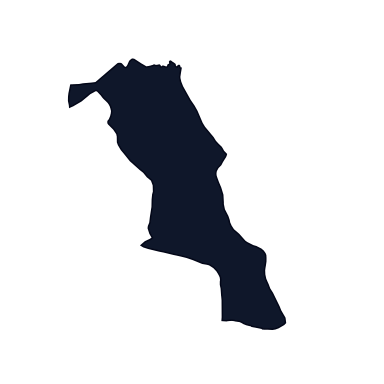 Santa Eulalia, Huehuetenango, Guatemala (orthographic projection), rotated 229°
{"feature_id": "79465075B65740660783251", "entity_name": "Santa Eulalia", "entity_type": "district", "adm_level": 2, "iso_a3": "GTM", "parent_name": "Guatemala", "parent_adm1": "Huehuetenango", "projection": "orthographic", "projection_center": [-91.3, 15.75], "detail": "fine", "context": "isolated", "style": "filled", "palette": "ink", "viewbox_px": 384, "rotation_deg": 229, "n_neighbors": 0, "source": "geoboundaries", "source_scale": "gbopen_adm2", "svg_char_len": 3434}
<svg xmlns="http://www.w3.org/2000/svg" viewBox="0 0 384 384"><g transform="rotate(229 192 192)"><path d="M185.1,118.7L182.5,119.5L178.2,122.1L169.0,128.6L165.4,131.4L156.8,137.5L154.2,139.5L150.9,141.9L146.2,145.2L140.5,148.5L131.4,153.1L127.6,156.2L125.8,157.4L123.2,158.2L120.6,158.9L118.3,159.0L116.2,159.1L113.6,158.7L110.8,158.1L109.0,157.5L107.9,156.8L106.6,155.9L106.0,155.1L105.5,154.6L103.3,152.7L99.9,150.8L94.2,146.5L93.7,146.2L90.4,143.8L77.6,132.8L75.3,130.5L72.3,133.5L71.6,134.7L71.1,135.4L70.3,136.5L69.0,138.1L67.6,139.4L66.2,140.4L63.1,143.1L61.0,144.1L58.8,144.8L56.1,146.2L52.0,149.1L51.5,149.0L50.2,150.0L48.6,151.3L44.3,154.6L43.1,155.5L42.5,155.4L41.2,156.7L39.4,158.8L36.5,161.8L35.7,162.6L34.2,165.0L33.0,168.1L31.8,174.4L32.0,176.7L36.0,179.4L44.3,181.0L48.3,182.4L62.9,186.3L68.1,187.1L72.4,188.7L74.5,189.3L78.2,190.5L82.0,192.6L85.3,195.2L86.9,197.0L88.7,199.2L89.9,200.6L91.2,202.1L93.8,204.4L96.0,206.1L97.7,206.7L100.6,207.0L103.5,206.6L108.7,204.5L111.3,202.8L117.7,200.2L120.1,199.6L129.4,199.5L136.4,198.5L140.7,199.1L144.3,200.2L146.5,201.5L150.2,203.0L157.6,204.8L162.4,207.5L163.9,208.8L169.7,213.3L176.4,216.3L182.2,218.2L187.4,220.2L188.5,220.7L190.1,221.8L191.7,223.5L192.3,224.6L193.4,227.6L193.7,231.6L194.9,234.6L195.9,237.8L196.6,240.2L197.2,241.5L198.0,242.7L202.2,242.5L204.3,243.0L206.6,243.4L211.0,243.0L215.0,242.9L219.2,243.6L232.8,243.9L237.4,244.7L249.8,248.7L255.6,249.9L262.5,250.7L277.8,253.9L282.6,255.6L285.6,257.2L287.0,258.2L289.5,261.1L292.7,265.0L293.5,264.4L294.0,264.6L294.9,265.1L295.4,265.3L295.9,265.3L296.3,264.8L296.3,264.3L296.3,263.8L296.0,263.1L295.9,262.7L296.4,262.4L296.8,262.2L297.2,262.1L298.2,262.1L298.6,262.3L299.3,262.8L299.7,262.9L300.5,262.7L301.1,262.6L301.9,262.4L302.4,262.2L303.2,262.0L303.7,261.9L304.8,261.7L305.1,261.1L304.9,260.5L304.5,260.3L304.0,260.0L303.3,259.5L303.2,259.1L303.2,258.7L303.3,258.3L303.6,257.7L303.5,257.1L303.2,256.7L302.9,256.3L302.7,255.8L302.9,254.7L303.3,254.2L303.9,253.9L305.1,253.2L305.9,252.7L306.2,252.2L306.2,251.7L306.3,251.1L306.6,250.5L307.2,250.4L307.8,250.5L308.3,250.7L309.1,250.7L309.5,250.2L310.1,249.0L310.6,248.3L311.1,247.6L311.6,247.3L312.2,246.9L312.7,246.7L312.8,246.2L312.9,245.8L313.2,244.9L313.5,244.5L313.9,243.5L314.9,241.6L316.3,239.4L320.2,238.1L321.9,237.5L330.0,235.2L330.7,234.7L331.2,234.3L331.5,233.7L331.6,231.6L331.4,230.6L329.5,226.5L329.3,225.6L329.1,224.5L329.2,223.9L329.6,223.4L330.3,222.9L331.0,222.8L335.1,222.7L335.8,222.3L336.5,221.6L337.0,221.0L337.4,220.1L337.6,191.0L340.1,187.3L345.0,180.6L347.0,177.2L352.2,170.7L347.0,163.9L344.7,161.4L341.7,158.7L338.5,156.9L338.1,156.7L336.3,155.4L335.8,157.2L335.3,158.7L334.8,161.4L333.5,168.2L333.4,173.0L333.3,175.8L333.3,179.3L332.1,185.1L331.8,185.9L331.2,186.5L330.2,187.0L324.7,187.2L322.4,187.0L320.6,187.0L319.4,187.1L317.5,187.3L314.5,187.5L312.7,187.3L310.4,186.8L308.1,185.8L305.8,184.6L304.1,182.8L302.4,180.4L301.0,177.6L300.7,176.6L300.5,175.2L300.0,174.6L299.5,174.2L299.1,173.9L298.0,173.7L290.8,174.2L285.2,173.5L282.8,172.2L278.4,168.5L275.8,167.5L270.4,166.5L263.0,166.3L256.1,166.0L244.4,167.5L243.4,167.6L238.6,168.5L232.8,168.3L227.4,169.2L225.0,168.3L222.4,167.3L219.7,165.1L217.4,163.2L215.8,160.8L212.3,157.1L206.8,152.1L200.8,145.0L200.3,144.4L196.4,140.1L194.7,136.8L193.4,135.3L188.3,133.1L183.3,132.1L183.6,129.3L185.1,124.0L185.1,118.7Z" fill="#0f172a" stroke="#020617" stroke-width="1.5"/></g></svg>